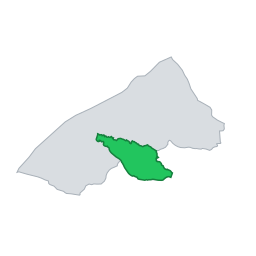 Nimba highlighted on a map of Liberia, rotated 107°
{"feature_id": "LBR-791", "entity_name": "Nimba", "entity_type": "County", "adm_level": 1, "iso_a3": "LBR", "parent_name": "Liberia", "parent_adm1": "", "projection": "robinson", "projection_center": [-8.946, 6.763], "detail": "fine", "context": "in_parent", "style": "filled", "palette": "green", "viewbox_px": 256, "rotation_deg": 107, "n_neighbors": 0, "source": "natural_earth", "source_scale": "10m", "svg_char_len": 5461}
<svg xmlns="http://www.w3.org/2000/svg" viewBox="0 0 256 256"><g transform="rotate(107 128 128)"><path d="M47.4,107.4L49.5,105.4L52.6,99.1L56.9,92.9L60.9,89.3L64.0,85.5L67.4,82.7L72.2,79.3L79.5,70.5L81.2,69.5L82.4,63.4L84.2,55.6L86.3,53.2L91.3,51.8L92.5,50.4L94.3,44.9L95.4,38.6L95.5,37.2L97.5,37.0L100.8,35.6L102.8,36.3L103.6,38.1L104.1,39.6L114.2,35.7L115.1,34.8L115.7,35.0L117.0,38.6L117.7,38.3L118.3,37.3L119.0,37.2L119.8,37.7L120.6,39.4L121.9,40.9L124.1,41.9L125.5,43.4L125.3,47.2L125.8,50.9L126.8,51.8L127.3,54.0L127.6,56.5L128.1,57.7L128.5,60.2L128.3,62.8L128.7,64.7L130.3,67.9L131.3,72.0L131.3,74.8L130.7,77.8L129.6,80.6L127.7,83.6L127.6,84.8L128.7,85.5L130.4,85.7L131.8,85.1L135.4,86.5L137.3,88.4L139.0,90.9L140.5,92.1L141.2,93.7L143.7,93.2L146.7,91.8L147.3,91.1L148.2,91.4L150.1,91.6L151.4,88.9L152.5,85.8L154.8,82.5L155.9,81.2L156.2,79.1L156.4,76.3L157.2,74.0L159.1,72.6L161.2,72.7L162.3,73.1L162.8,75.5L164.5,77.2L165.9,78.4L166.6,78.9L167.8,80.3L168.9,84.9L173.3,100.0L173.1,104.1L172.3,106.8L172.2,109.5L171.9,112.1L169.2,116.4L161.3,125.2L161.9,126.0L163.8,127.0L165.8,127.5L167.3,127.2L169.3,129.4L171.5,132.1L173.7,133.6L177.0,134.8L179.9,135.0L182.3,134.5L185.7,135.0L189.4,137.3L190.7,141.1L191.5,144.4L192.8,146.1L193.0,148.9L195.6,151.4L199.3,151.9L204.1,154.8L205.3,154.7L205.8,154.3L206.4,154.8L207.6,163.3L208.6,167.8L208.1,169.6L207.4,171.0L207.4,177.8L205.2,181.8L204.9,186.1L204.3,187.5L201.9,188.7L201.9,192.0L201.3,196.0L201.1,200.2L201.7,211.3L201.8,219.6L202.9,221.2L198.4,220.5L185.1,214.2L174.9,210.5L140.6,189.9L131.1,181.6L120.1,169.2L95.7,144.3L90.1,140.3L83.1,138.4L78.8,136.3L75.7,134.0L73.2,127.1L67.1,123.0L55.9,117.2L47.4,107.4Z" fill="#d9dde1" stroke="#a8b0b8" stroke-width="1"/><path d="M165.9,78.4L167.6,79.4L168.3,80.9L169.1,84.1L169.6,88.4L169.8,89.3L170.0,89.8L170.7,90.9L170.9,91.5L171.3,92.8L171.4,93.2L171.9,93.8L172.1,94.2L172.1,94.5L172.0,95.1L172.0,95.3L172.2,95.6L172.8,96.3L173.0,96.7L173.1,97.2L173.2,98.2L173.8,102.5L173.7,103.6L173.4,104.0L172.6,104.7L172.4,105.1L172.4,105.8L172.4,106.6L172.4,107.3L171.9,108.5L172.1,108.8L172.4,109.1L172.6,109.3L172.6,109.9L172.6,110.6L172.2,111.9L171.7,113.2L171.2,114.2L167.7,118.6L166.9,119.6L164.1,122.1L163.5,122.9L163.4,122.9L162.8,123.3L162.7,123.3L162.8,123.3L162.6,124.0L162.3,124.3L161.9,124.4L161.7,124.5L160.7,125.8L160.0,127.5L159.1,131.0L156.8,136.4L156.2,137.4L155.3,138.6L154.2,139.6L153.1,140.0L152.6,140.4L152.1,141.8L151.5,142.4L151.9,143.1L152.0,144.2L151.9,145.3L151.5,146.2L150.9,146.7L149.3,146.9L148.6,147.1L148.1,147.9L148.4,148.4L148.9,148.9L148.9,149.3L148.2,150.3L148.0,151.4L148.2,151.8L148.8,151.2L149.3,151.8L149.7,152.5L149.6,153.3L149.0,154.3L148.6,154.8L148.0,155.1L143.4,155.0L142.4,155.3L142.5,154.2L142.6,153.9L142.9,153.2L143.0,153.0L142.9,152.8L142.7,152.5L142.3,151.9L142.2,151.6L142.2,151.4L142.2,151.1L142.4,150.8L142.6,150.5L142.8,150.4L142.6,150.2L142.3,149.8L142.2,149.6L142.1,149.4L141.9,149.4L141.8,149.2L141.9,148.5L142.0,148.4L142.4,148.3L142.6,148.3L142.8,148.2L143.0,148.0L143.1,147.9L143.1,147.7L142.4,147.2L142.2,147.0L142.2,146.8L142.2,146.7L142.3,146.5L142.9,145.7L143.0,145.5L143.0,145.4L142.9,145.2L142.6,144.5L142.5,144.4L142.3,144.3L142.1,144.2L142.1,143.9L142.3,143.4L142.3,142.7L142.2,142.5L142.2,142.4L142.0,142.2L141.1,141.6L141.0,141.4L141.2,141.2L141.4,141.1L141.5,141.0L141.5,140.8L141.5,140.7L141.7,140.4L141.7,140.0L141.7,139.8L141.8,139.8L141.8,139.7L141.9,139.8L142.0,139.9L142.0,140.1L142.4,139.8L142.5,139.7L142.6,139.0L142.6,138.9L143.2,138.6L143.3,138.5L143.4,138.4L143.4,138.2L143.3,137.7L143.3,137.4L143.2,137.1L143.1,136.2L143.1,135.9L143.2,135.7L143.4,135.5L143.3,135.4L143.1,135.2L142.3,134.8L141.4,134.5L140.9,133.9L140.1,132.0L140.2,130.7L140.3,130.0L140.3,129.8L140.2,129.1L140.2,128.8L140.3,128.5L140.6,127.6L140.8,126.5L140.8,126.4L140.7,126.2L140.4,126.0L140.1,126.1L139.9,126.0L139.8,125.9L140.2,125.1L140.3,124.9L140.4,123.6L140.6,123.2L141.1,122.5L141.1,122.4L141.8,122.1L142.0,121.8L142.0,121.7L142.1,121.2L142.2,120.9L142.1,120.7L141.9,120.5L141.7,120.4L141.4,120.3L141.1,120.5L140.8,120.7L140.3,120.6L138.5,119.9L138.9,119.9L139.1,119.8L139.3,119.6L139.5,118.9L139.5,118.6L139.2,118.1L139.2,117.8L139.5,117.4L139.6,117.2L139.7,116.9L139.9,116.3L139.8,116.0L139.8,115.8L140.1,115.3L140.2,115.1L140.2,114.9L140.3,114.7L140.6,114.4L140.7,114.2L140.6,113.7L140.4,113.5L140.4,113.3L140.5,113.1L140.7,112.9L140.9,112.8L141.0,112.6L141.3,112.3L141.4,112.1L141.4,111.8L141.3,110.9L141.2,110.4L141.3,110.0L141.5,108.7L141.5,108.4L141.1,108.0L140.9,107.6L140.6,107.5L140.3,107.4L140.2,107.2L140.1,106.7L139.8,106.4L139.7,106.1L139.6,105.8L139.5,105.5L139.4,105.4L139.0,105.2L138.9,105.0L138.6,104.7L138.4,104.4L138.4,104.2L139.1,103.4L139.2,102.7L139.2,102.3L139.4,101.7L139.4,101.3L139.5,100.6L140.2,99.5L141.5,94.7L141.6,94.2L141.8,94.2L142.4,94.1L142.9,93.9L143.4,93.4L143.9,92.9L144.5,92.6L145.1,92.6L145.5,92.4L146.3,92.1L146.5,92.1L146.6,91.4L146.8,91.4L147.2,91.6L147.4,90.5L147.9,90.9L148.7,92.2L149.2,92.1L150.9,91.4L151.3,91.1L151.6,90.2L151.4,89.4L151.1,88.6L151.0,87.8L151.2,87.4L151.6,86.7L152.3,85.7L152.7,85.5L153.3,85.3L153.6,84.9L153.8,84.5L153.8,83.6L154.0,83.2L155.3,82.3L156.0,81.4L156.4,80.6L156.5,79.8L156.5,78.7L156.4,78.5L156.2,78.5L156.0,78.4L156.0,78.1L156.1,77.8L156.3,77.4L156.3,77.1L156.4,75.6L156.7,74.7L157.7,73.3L158.0,72.4L162.7,72.6L162.5,74.3L162.8,75.5L163.5,76.5L164.7,77.6L165.9,78.4Z" fill="#22c55e" stroke="#15803d" stroke-width="1.5"/></g></svg>